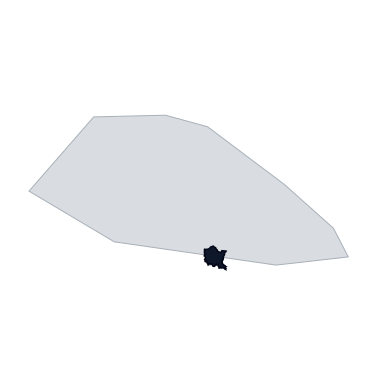 Lumiere, Dennery, Saint Lucia (highlighted), rotated 96°
{"feature_id": "8701671B42420673442147", "entity_name": "Lumiere", "entity_type": "district", "adm_level": 2, "iso_a3": "LCA", "parent_name": "Saint Lucia", "parent_adm1": "Dennery", "projection": "natural_earth1", "projection_center": [-60.885, 13.94], "detail": "fine", "context": "in_parent", "style": "filled", "palette": "ink", "viewbox_px": 384, "rotation_deg": 96, "n_neighbors": 0, "source": "geoboundaries", "source_scale": "gbopen_adm2", "svg_char_len": 4346}
<svg xmlns="http://www.w3.org/2000/svg" viewBox="0 0 384 384"><g transform="rotate(96 192 192)"><path d="M249.7,264.1L208.2,354.2L127.6,297.6L118.4,226.4L125.5,183.3L174.8,101.0L213.3,47.5L240.2,29.8L255.9,100.8L249.7,264.1Z" fill="#d9dde1" stroke="#a8b0b8" stroke-width="1"/><path d="M243.6,165.0L243.6,165.4L243.9,165.8L243.9,166.0L244.0,166.1L244.2,166.3L244.3,166.7L244.4,166.9L244.6,167.2L244.8,167.8L245.1,168.0L245.4,168.1L245.6,168.2L246.0,168.6L246.3,168.8L246.6,169.2L246.8,169.4L246.9,169.5L247.1,169.6L247.2,170.0L247.2,170.5L247.4,171.1L247.4,171.3L247.5,171.7L247.6,172.3L247.8,172.6L247.5,173.3L248.2,173.7L248.4,173.7L248.7,173.4L249.0,173.2L249.3,173.2L249.7,173.4L250.0,173.5L250.7,173.2L250.8,173.2L251.1,173.3L251.3,173.3L251.7,173.2L251.9,173.1L252.5,172.5L252.7,172.3L253.1,172.7L253.3,173.0L253.5,173.1L253.7,172.9L254.3,173.1L254.7,172.3L254.9,172.1L255.3,171.9L255.9,171.8L256.0,171.8L256.3,172.0L256.6,172.0L256.6,171.9L256.9,171.7L257.1,171.7L257.3,171.8L257.5,171.9L257.7,172.0L257.9,172.4L258.0,172.4L258.3,172.0L258.4,171.8L258.5,171.7L258.8,171.7L259.1,171.7L259.4,171.8L259.6,171.7L259.8,171.7L259.9,171.4L259.7,171.1L259.6,170.9L259.8,170.7L259.6,170.5L259.6,170.4L259.3,170.2L259.5,169.9L259.7,169.7L260.2,169.7L260.3,169.7L260.5,169.6L260.8,169.6L261.2,169.4L261.4,169.3L261.6,169.2L261.8,169.0L261.8,168.9L262.0,168.7L262.1,168.4L262.2,168.5L262.3,168.4L262.3,168.5L262.5,168.4L262.4,168.3L262.4,168.2L262.5,168.2L262.4,168.2L262.6,168.1L262.8,168.2L262.8,167.9L262.6,167.8L262.5,168.0L262.3,168.0L262.2,168.1L261.8,168.0L261.8,167.9L261.5,167.9L261.4,167.8L261.3,167.7L261.3,167.4L261.4,166.9L261.5,167.0L261.5,166.9L261.7,166.7L261.7,166.2L261.4,165.9L261.3,165.7L261.4,165.3L261.5,165.3L261.4,165.2L261.3,164.9L261.2,164.8L261.2,164.4L261.3,164.3L261.4,164.2L261.5,164.3L261.8,164.3L262.1,164.3L262.4,164.2L262.6,164.1L263.2,163.6L263.6,163.4L263.7,162.7L263.7,162.3L263.6,162.1L263.6,161.9L263.4,161.7L263.2,161.6L262.9,161.5L262.8,161.4L262.6,161.4L262.3,161.3L262.1,161.2L261.8,161.0L261.8,160.9L261.9,160.7L262.0,160.6L262.0,160.4L261.9,160.5L261.8,160.4L261.6,160.2L261.5,160.3L261.4,160.4L261.3,160.5L261.2,160.5L260.9,160.6L261.0,160.5L260.9,160.4L261.1,160.3L261.2,160.2L261.3,160.0L261.5,160.0L261.4,159.9L261.7,159.6L261.8,159.4L261.7,159.3L261.6,159.2L261.5,158.9L261.8,158.9L261.7,158.6L261.5,158.4L261.8,158.4L261.9,158.2L262.5,157.8L262.8,157.8L262.9,157.7L263.1,157.9L263.2,157.7L263.3,157.7L263.5,157.6L264.0,157.3L264.1,157.2L264.2,157.3L264.4,157.3L264.5,157.3L264.8,157.3L264.9,157.0L264.9,156.9L264.8,156.7L264.7,156.6L264.2,156.4L264.2,156.1L264.1,155.9L264.3,155.7L264.5,155.5L264.5,155.2L264.5,154.7L264.4,154.5L264.3,154.4L264.4,154.2L264.2,153.6L264.3,153.3L264.4,153.0L264.3,152.8L264.1,152.6L263.9,152.5L263.8,152.4L263.8,152.2L264.0,151.4L264.3,151.2L264.5,151.3L264.7,151.2L264.8,151.3L264.9,151.5L265.0,151.5L265.0,151.4L265.2,151.2L265.4,151.0L265.4,150.9L265.4,150.6L265.5,150.6L265.6,150.3L265.3,150.4L265.0,150.3L264.9,150.4L264.7,150.5L264.6,150.8L264.4,150.9L264.3,151.1L264.1,151.2L264.0,151.3L263.7,151.0L263.8,150.9L263.8,150.7L263.7,150.8L263.6,151.1L263.3,151.5L263.2,151.5L263.0,151.4L262.9,151.2L262.7,150.9L262.7,151.0L262.4,151.3L262.1,151.3L261.9,151.3L261.8,151.5L261.6,152.0L261.6,152.3L261.6,152.7L261.5,153.1L261.1,153.0L260.9,153.0L260.6,153.4L260.4,154.0L260.3,154.3L260.2,154.4L259.9,154.4L259.4,154.4L259.2,154.4L259.1,154.5L259.1,154.8L259.1,155.0L258.8,155.0L258.3,154.6L258.1,154.6L257.9,154.7L257.2,154.7L257.0,154.9L256.9,154.9L256.7,154.5L256.6,154.3L256.1,154.0L255.9,154.4L255.8,154.5L255.7,154.6L255.4,154.6L255.3,154.3L255.2,153.9L254.9,153.8L254.7,153.9L254.6,154.1L253.9,154.3L253.8,154.0L253.7,153.9L253.5,154.0L253.4,154.1L253.1,153.9L252.6,153.8L252.4,153.7L252.0,153.7L251.8,153.6L251.7,153.4L251.0,153.1L250.7,153.1L250.4,153.1L250.0,153.1L249.5,153.2L249.3,153.2L248.9,153.1L248.7,153.0L248.4,152.7L248.2,152.6L248.0,152.2L247.8,152.0L247.5,152.0L247.2,151.9L247.2,156.1L249.3,157.1L248.5,159.8L248.3,160.4L248.1,160.5L247.8,160.6L247.5,160.6L247.4,160.7L247.1,160.8L246.9,161.1L246.7,161.4L246.5,161.7L246.4,161.8L246.2,161.9L246.1,162.0L245.9,162.1L245.6,162.5L245.4,162.7L245.1,162.7L245.1,162.8L244.8,163.1L244.7,163.2L244.7,163.4L244.7,163.6L244.8,163.8L243.6,165.0Z" fill="#0f172a" stroke="#020617" stroke-width="1.5"/></g></svg>